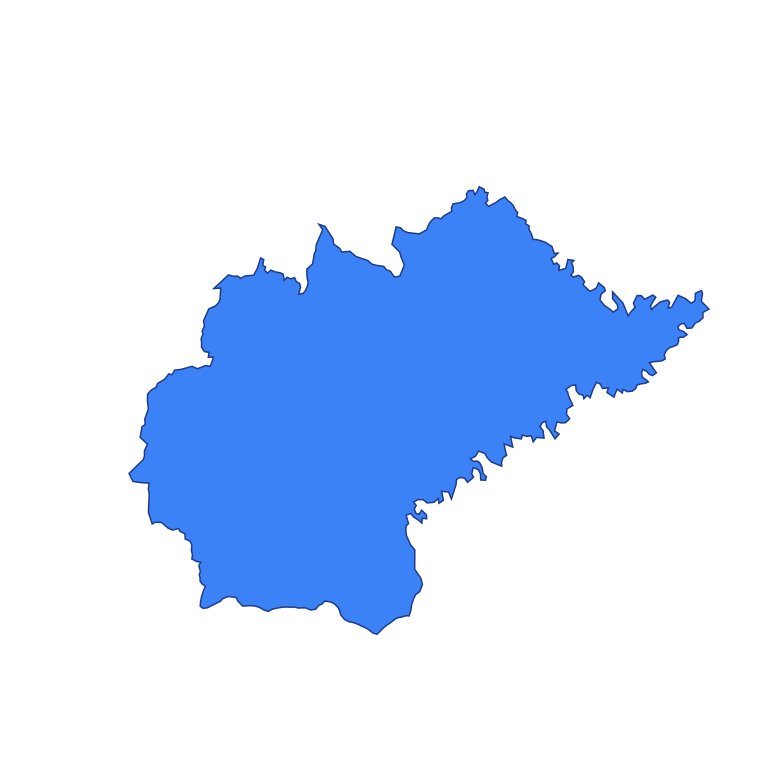 the district of Muitos Capões, Rio Grande do Sul, Brazil, rotated 224°
{"feature_id": "56859067B15712827414216", "entity_name": "Muitos Capões", "entity_type": "district", "adm_level": 2, "iso_a3": "BRA", "parent_name": "Brazil", "parent_adm1": "Rio Grande do Sul", "projection": "albers", "projection_center": [-51.26, -28.402], "detail": "fine", "context": "isolated", "style": "filled", "palette": "blue", "viewbox_px": 768, "rotation_deg": 224, "n_neighbors": 0, "source": "geoboundaries", "source_scale": "gbopen_adm2", "svg_char_len": 5808}
<svg xmlns="http://www.w3.org/2000/svg" viewBox="0 0 768 768"><g transform="rotate(224 384 384)"><path d="M204.3,657.0L202.3,663.6L213.2,663.9L217.9,670.6L220.7,671.6L223.0,665.5L218.2,660.0L219.0,655.4L226.0,655.0L234.1,652.1L230.4,638.9L232.5,636.1L235.2,641.1L238.4,641.4L242.2,635.1L243.3,627.2L243.2,623.3L246.3,625.1L247.9,630.7L248.7,635.2L252.4,634.8L255.4,626.1L260.2,626.3L263.4,623.5L260.8,615.5L256.6,613.4L256.5,607.1L255.6,602.5L268.3,608.2L283.6,609.1L278.8,604.2L271.0,603.1L268.0,600.4L269.0,594.9L272.6,594.8L280.3,593.6L287.0,594.4L290.2,599.3L289.6,604.7L292.5,606.4L300.0,605.8L297.9,600.9L299.0,596.6L300.6,593.7L309.7,593.6L310.8,596.9L316.4,598.0L319.6,597.3L322.1,592.4L325.2,592.2L325.8,596.4L330.1,600.2L332.9,601.1L333.3,604.7L338.2,601.3L333.6,593.5L337.1,587.2L339.8,590.9L343.9,591.1L345.0,588.0L350.9,590.4L349.7,594.0L349.9,598.9L352.1,596.2L355.8,598.0L358.9,599.6L362.4,598.7L366.3,598.1L370.7,596.0L374.8,593.7L377.4,591.5L380.2,593.3L384.0,595.0L387.3,596.0L389.5,598.6L393.2,597.6L395.6,600.4L400.5,598.8L404.8,596.7L407.0,600.2L410.7,600.5L415.0,602.2L418.5,602.4L422.4,602.0L427.0,602.5L428.9,596.8L429.5,592.4L430.6,589.3L432.1,584.4L436.7,584.7L436.8,588.1L439.8,589.9L442.1,593.9L444.8,591.9L447.3,593.6L452.5,592.1L450.6,586.8L450.2,583.4L454.4,585.2L457.5,581.6L456.7,578.0L453.7,575.6L453.7,571.4L455.4,567.0L459.5,561.6L457.9,557.6L455.2,555.1L457.7,546.9L457.7,542.3L460.8,540.9L463.3,538.2L463.2,532.2L461.9,527.9L460.4,524.5L463.0,516.4L472.1,509.4L476.5,507.7L480.6,507.9L484.4,505.5L475.3,490.0L464.3,489.8L460.0,487.2L455.2,485.1L452.0,483.6L447.6,472.7L450.5,468.4L453.8,468.7L457.8,469.6L461.7,467.8L465.9,468.4L472.3,463.8L475.8,461.9L481.4,461.6L492.6,456.3L500.7,455.7L506.1,449.6L509.8,450.8L517.6,449.7L521.3,452.9L535.9,456.4L541.7,453.7L535.2,452.3L529.6,437.3L525.6,432.4L524.7,429.3L518.8,420.8L519.1,416.9L519.3,413.1L516.2,409.8L512.3,406.4L509.1,404.4L507.3,401.5L505.4,396.6L505.1,392.9L507.7,389.3L511.3,395.7L514.6,397.7L518.4,396.8L522.2,398.4L524.1,394.8L527.8,393.5L527.8,389.4L533.0,393.0L535.9,391.9L540.3,389.0L544.4,387.4L544.9,382.9L549.2,383.0L550.4,386.0L553.6,385.1L556.9,389.9L560.3,389.0L555.4,379.1L553.3,371.8L558.9,365.3L560.5,360.5L564.4,359.8L567.4,356.7L571.7,354.4L572.7,334.5L568.0,339.6L560.7,330.8L559.4,327.2L559.5,323.0L562.2,316.3L557.7,304.0L553.6,301.1L551.5,295.7L548.8,293.9L546.8,289.3L543.3,286.5L541.0,283.8L535.8,282.5L531.8,285.2L528.9,281.1L525.5,284.9L523.6,281.3L521.2,276.0L525.2,273.4L527.0,269.1L528.9,265.3L534.4,263.3L539.9,253.9L544.2,248.6L543.0,243.2L545.8,241.9L545.1,235.0L547.2,227.2L545.7,223.3L547.3,217.6L547.0,212.5L542.9,207.9L536.2,202.4L531.7,192.6L527.7,189.0L528.4,185.1L522.3,176.2L512.4,176.4L509.9,169.5L506.2,165.7L504.6,162.2L505.3,142.6L496.9,139.5L490.4,144.2L484.1,149.5L480.6,144.8L476.6,141.9L464.4,128.1L461.5,126.5L453.5,122.3L452.6,125.5L448.0,129.8L439.1,130.4L434.6,132.0L431.3,137.5L428.5,136.2L423.1,138.0L419.4,134.4L414.4,136.2L410.3,134.6L406.8,130.4L402.8,127.8L400.7,124.6L395.6,126.2L392.0,128.5L391.0,124.7L385.7,121.5L384.4,118.4L381.7,116.9L379.3,114.4L376.3,113.8L372.0,114.4L370.0,109.3L367.2,103.7L364.5,99.7L361.7,96.4L358.2,97.0L355.5,100.5L352.7,108.6L350.8,113.9L350.8,117.6L348.7,122.6L344.6,126.0L341.6,127.7L338.7,126.4L331.5,126.0L325.7,132.2L321.9,135.1L317.4,137.1L313.8,137.9L309.3,140.0L307.9,144.5L305.1,148.7L301.8,153.2L299.0,156.0L296.0,158.7L293.6,161.2L289.9,163.4L287.2,166.3L284.6,168.6L279.7,170.5L276.7,174.5L277.2,179.5L275.7,182.8L275.9,186.4L273.3,188.6L270.4,190.4L266.6,191.5L261.7,191.3L258.5,190.1L254.8,187.9L248.7,187.2L243.9,188.7L241.4,190.5L238.1,192.1L235.1,193.4L232.3,194.1L228.7,195.6L225.9,196.4L218.7,197.2L215.2,199.2L215.0,202.6L215.0,208.0L214.5,212.4L213.3,217.7L212.8,222.6L211.2,226.2L209.2,229.0L207.2,232.6L204.8,234.6L207.5,239.9L210.9,244.5L213.6,250.3L214.9,254.3L214.1,259.6L217.1,266.5L222.6,269.9L233.3,272.1L246.5,286.0L253.2,286.8L262.7,290.6L266.5,293.7L269.5,297.3L269.4,300.6L277.0,305.1L274.6,309.6L270.7,308.9L264.4,310.0L260.1,310.3L263.2,314.0L259.7,316.7L262.6,319.3L269.2,319.4L268.4,314.4L271.3,313.1L275.4,315.2L276.4,319.0L280.6,319.6L279.4,324.3L275.3,328.1L270.3,328.4L265.9,333.6L265.3,339.3L261.6,336.4L260.5,341.6L268.0,346.8L262.5,351.2L255.6,348.1L262.3,361.7L265.6,365.7L264.5,369.5L260.7,372.2L255.6,371.3L254.8,379.1L258.6,380.5L261.7,385.8L256.6,388.0L252.5,386.5L247.6,382.2L244.1,385.3L245.9,388.4L250.1,388.3L255.5,392.1L260.5,393.8L263.4,393.3L265.9,390.5L269.9,390.1L268.0,395.4L269.3,401.4L263.2,404.1L258.6,402.7L252.5,402.5L242.2,406.7L245.2,409.4L247.1,413.6L246.3,417.9L250.6,420.5L256.0,424.3L247.5,428.1L251.3,430.6L256.7,434.3L253.3,435.5L247.0,439.9L249.0,443.3L244.9,445.6L242.0,449.0L236.5,446.0L237.1,451.7L231.3,456.2L237.1,460.9L242.2,461.7L243.2,466.2L241.8,469.6L237.3,466.2L233.2,466.0L222.9,463.3L223.2,469.6L228.7,468.8L233.3,476.8L229.1,479.4L226.6,482.2L226.3,488.0L231.7,489.0L235.2,493.2L233.2,499.7L237.8,501.6L242.9,503.5L246.4,505.9L249.4,506.4L248.3,512.8L245.6,516.5L241.3,512.9L236.9,512.1L233.0,514.3L230.0,512.3L230.0,517.1L226.2,517.3L229.9,525.3L231.0,528.9L232.4,532.6L228.6,534.2L223.6,532.6L220.0,537.1L217.7,532.8L209.5,534.2L212.7,542.2L206.3,543.1L208.3,546.0L203.4,547.7L200.4,551.5L199.8,555.5L201.3,559.1L199.2,562.7L196.7,565.8L195.3,569.2L199.1,569.0L203.1,568.4L206.5,570.9L207.9,574.5L203.5,575.6L200.0,575.2L196.6,576.7L195.8,581.3L200.1,582.0L203.9,582.9L207.9,583.7L205.8,587.0L202.7,590.5L200.1,593.9L199.1,597.4L202.7,599.7L204.2,604.3L203.8,608.6L201.9,612.1L200.3,615.9L201.7,619.3L204.3,622.0L201.0,626.0L200.3,630.2L205.4,629.7L209.4,627.8L212.6,629.6L212.0,633.8L209.9,636.2L204.8,634.5L201.4,638.2L202.4,644.0L200.8,648.3L200.6,653.3L204.3,657.0Z" fill="#3b82f6" stroke="#1e3a8a" stroke-width="1.5"/></g></svg>